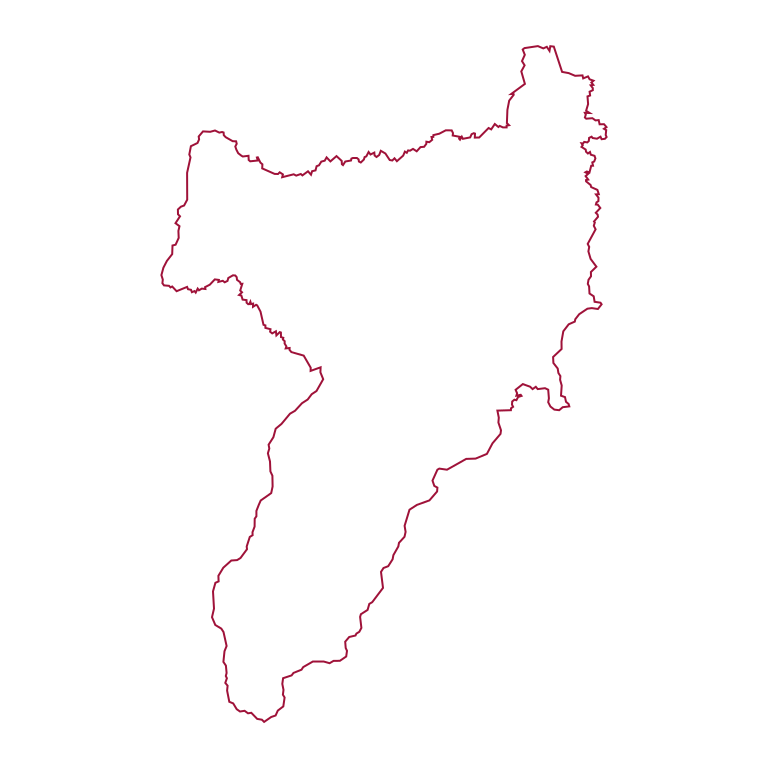 the district of Valdivia, Antioquia, Colombia
{"feature_id": "7082276B28088679265990", "entity_name": "Valdivia", "entity_type": "district", "adm_level": 2, "iso_a3": "COL", "parent_name": "Colombia", "parent_adm1": "Antioquia", "projection": "mercator", "projection_center": [-75.403, 7.242], "detail": "fine", "context": "isolated", "style": "outline", "palette": "rose", "viewbox_px": 768, "rotation_deg": 0, "n_neighbors": 0, "source": "geoboundaries", "source_scale": "gbopen_adm2", "svg_char_len": 6095}
<svg xmlns="http://www.w3.org/2000/svg" viewBox="0 0 768 768"><path d="M189.3,154.5L190.5,157.4L187.1,172.8L187.2,199.7L184.1,205.5L180.9,206.7L177.9,209.5L178.0,214.3L180.0,216.3L175.5,223.2L179.5,226.2L178.4,230.9L178.7,237.9L175.6,244.7L172.5,245.5L172.2,254.1L166.9,260.9L163.4,267.7L161.4,275.1L162.8,279.6L162.4,283.2L164.0,285.4L169.0,285.8L170.5,287.4L172.2,286.5L176.6,291.2L187.1,286.9L188.0,289.2L191.0,289.8L191.9,292.2L194.5,291.1L195.7,292.6L197.7,288.6L199.0,290.3L201.8,288.6L205.4,289.0L205.1,287.1L209.8,284.7L214.8,279.4L218.8,279.9L218.4,281.9L222.8,280.8L224.7,282.3L227.5,280.9L228.3,278.0L233.0,275.3L235.3,275.5L236.7,277.2L237.0,279.8L240.1,282.2L240.7,283.9L242.3,283.8L240.2,290.5L242.0,292.3L239.1,295.0L241.4,295.6L242.6,299.6L246.5,300.1L246.6,302.7L248.2,304.2L249.3,304.1L250.4,301.7L251.1,304.1L253.1,303.6L253.0,306.8L256.1,304.8L257.2,305.4L260.5,311.6L263.5,324.8L265.4,325.4L265.4,327.9L270.5,329.2L270.1,331.7L272.2,333.4L275.9,331.3L276.4,335.4L279.8,332.1L280.9,332.5L281.0,337.1L283.3,337.8L282.9,339.5L284.7,341.2L284.6,343.5L286.4,346.4L285.7,348.4L289.6,348.0L289.5,349.8L291.4,352.1L303.7,355.6L310.7,367.7L310.6,370.9L320.6,367.3L320.4,372.3L323.2,379.2L316.5,391.0L311.7,394.2L307.7,399.5L302.0,403.2L295.0,410.8L290.0,413.7L281.5,423.9L275.7,428.7L273.4,437.2L268.6,444.7L269.3,448.5L267.9,453.3L270.0,461.5L270.4,471.4L272.4,475.7L272.6,486.5L271.2,493.1L260.7,500.5L258.8,504.8L256.4,510.9L256.4,516.3L254.7,518.7L254.6,526.6L252.5,532.2L252.6,535.2L249.8,536.9L246.7,546.5L247.0,549.2L240.5,558.0L237.1,560.1L231.3,560.5L223.3,567.7L218.4,575.8L218.6,581.4L215.4,582.8L213.0,591.4L214.0,608.6L212.0,617.2L215.3,625.0L221.3,628.6L223.5,632.0L226.6,646.0L224.5,651.2L223.4,661.9L225.9,665.6L226.6,673.0L225.8,676.0L226.9,678.2L225.3,682.9L227.6,685.7L227.1,690.6L229.3,701.8L233.2,703.4L236.7,709.2L240.0,711.5L244.6,710.8L248.0,713.3L251.3,712.8L257.2,718.9L261.9,719.7L264.1,721.9L271.2,717.0L275.6,715.5L277.8,710.6L283.3,706.4L284.6,697.5L282.9,694.7L283.5,689.9L282.3,683.9L283.1,678.2L291.6,675.4L293.5,672.9L301.5,669.7L303.2,667.1L312.9,661.5L323.6,661.5L329.6,663.2L333.5,660.9L339.9,660.8L346.2,656.5L347.0,650.8L345.7,648.0L345.2,641.7L349.2,637.0L355.5,635.5L356.4,633.6L359.3,631.8L361.4,627.9L360.1,616.9L360.9,614.2L367.6,609.9L369.3,603.9L372.2,602.2L383.0,587.9L381.0,571.9L383.5,568.0L388.2,566.2L392.6,559.3L393.4,555.1L398.3,546.5L399.0,542.8L404.5,536.8L405.6,531.9L404.6,525.8L409.5,509.7L416.9,504.9L429.4,500.4L437.1,491.5L437.4,487.6L434.3,485.9L432.5,480.6L437.4,469.7L439.3,468.6L447.0,469.7L466.2,458.9L475.6,458.6L486.9,453.9L492.5,443.3L500.5,433.9L501.0,430.3L498.4,422.5L498.8,417.7L497.4,410.6L510.9,410.2L511.0,408.3L513.1,406.8L512.0,404.6L512.2,401.5L514.4,399.7L516.4,400.2L518.1,397.0L521.5,395.9L520.7,394.8L516.4,395.7L517.1,393.3L515.6,389.8L522.8,384.1L530.1,386.7L532.6,389.1L535.8,386.8L537.7,389.1L545.0,388.2L548.2,389.7L548.9,398.4L548.2,402.2L550.4,406.5L554.3,409.6L559.2,410.2L562.7,407.2L569.3,406.4L568.6,404.0L566.0,401.8L565.0,397.1L561.0,395.7L561.7,385.5L560.1,379.8L560.4,376.1L558.4,373.0L557.7,368.5L553.4,363.0L553.1,357.0L561.6,349.0L561.5,341.5L563.3,331.3L568.7,324.3L574.8,321.6L575.3,319.2L579.2,314.2L587.4,308.7L591.8,308.1L597.9,309.0L601.6,304.3L600.5,302.7L594.6,301.8L593.7,296.3L589.5,293.5L589.1,286.4L587.8,283.9L588.5,279.8L591.0,276.3L590.9,272.0L596.4,266.7L590.6,258.9L588.4,251.4L589.2,246.9L587.7,243.9L595.6,229.3L593.8,225.8L594.8,222.5L594.0,221.5L598.0,216.8L597.6,214.6L595.8,212.8L600.3,208.0L597.8,204.7L595.9,204.5L596.5,202.4L598.4,201.1L598.5,197.7L596.0,194.4L598.8,194.2L597.4,189.9L591.2,187.1L590.6,185.0L586.1,181.4L586.0,180.1L588.2,179.6L585.6,176.1L588.2,173.8L585.4,172.3L586.8,171.5L589.5,172.4L591.2,165.8L593.0,165.7L592.3,162.4L594.2,161.5L595.4,158.4L594.5,155.8L590.8,154.7L590.0,152.0L587.9,153.5L586.0,151.7L585.7,149.6L581.5,146.9L582.7,145.3L581.5,143.3L583.1,143.5L584.2,141.9L587.3,142.4L588.8,141.0L589.1,137.9L591.6,136.7L592.6,138.0L597.0,138.7L600.5,136.7L601.6,139.2L604.9,138.8L606.6,137.0L605.7,135.0L606.2,130.1L604.0,128.8L606.5,127.1L604.0,124.2L599.6,124.3L598.7,120.1L595.5,120.4L592.4,118.2L586.2,118.7L584.9,117.5L585.8,114.6L584.9,112.9L589.6,113.0L586.1,110.8L588.1,104.1L587.5,96.4L590.1,95.5L589.6,91.7L592.8,90.2L592.8,88.1L590.7,85.3L593.3,84.9L591.4,82.5L593.5,80.7L589.6,79.3L588.0,76.4L583.2,78.4L582.5,75.4L575.1,75.8L568.7,73.1L562.1,71.9L553.8,46.6L550.3,46.2L549.5,50.9L546.8,46.8L543.3,48.4L537.9,46.1L524.5,48.1L522.7,49.5L524.8,54.8L522.0,61.1L524.6,65.3L521.3,71.4L524.9,83.9L511.2,94.0L513.5,93.9L513.7,94.8L509.2,100.6L507.4,109.9L506.9,123.1L509.0,125.2L506.6,125.6L506.6,127.4L502.9,127.4L499.7,125.9L498.4,127.0L494.8,124.0L491.2,129.4L488.6,128.0L479.2,137.5L474.8,137.6L475.0,133.6L473.8,133.2L471.6,134.2L470.2,137.4L462.9,138.8L461.8,136.7L460.0,139.7L459.1,138.7L459.7,136.8L452.7,135.5L453.0,133.1L451.7,130.4L445.8,130.3L439.3,133.7L433.4,135.1L433.3,136.9L431.5,137.0L432.2,139.8L429.3,142.2L426.4,141.7L426.3,143.9L424.1,146.8L420.5,147.1L416.7,151.3L413.0,148.9L410.0,150.7L408.1,150.4L406.8,152.8L404.9,151.6L403.2,155.6L396.9,161.2L394.5,158.3L392.3,160.5L389.7,160.0L385.4,153.5L380.8,150.8L379.2,155.0L376.5,157.0L374.6,155.5L374.3,152.6L370.5,154.5L368.6,152.0L366.3,156.4L364.6,157.1L363.9,159.5L360.8,162.5L358.9,161.5L358.6,159.4L356.9,158.0L352.8,158.0L351.4,158.6L351.0,160.5L345.3,161.5L343.0,165.1L341.9,164.2L341.7,160.9L336.5,156.1L330.4,161.4L326.6,157.4L324.7,160.7L321.3,161.6L319.0,165.3L316.6,166.2L315.5,170.4L312.1,171.2L311.0,174.7L308.0,171.3L302.4,175.4L300.8,174.0L296.2,175.6L293.7,174.3L282.2,177.2L282.9,174.4L279.7,172.3L278.0,174.0L274.6,173.9L262.2,168.4L262.4,164.3L260.4,162.6L257.8,157.3L256.9,157.5L257.8,160.5L250.2,161.3L248.7,160.0L248.5,155.8L242.8,156.5L241.4,155.7L238.2,153.2L236.3,149.5L235.3,146.5L236.7,143.8L236.1,141.3L232.7,141.2L225.7,137.2L223.8,135.2L223.6,132.5L222.1,132.0L219.3,132.6L215.0,130.5L210.2,131.8L203.0,131.4L198.7,136.5L199.1,139.4L197.5,143.0L190.9,146.2L189.3,154.5Z" fill="none" stroke="#9f1239" stroke-width="2"/></svg>